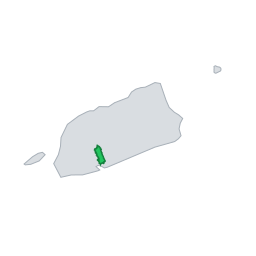 Bayamón, Puerto Rico (highlighted), rotated 155°
{"feature_id": "32010507B22305202508705", "entity_name": "Bayamón", "entity_type": "district", "adm_level": 2, "iso_a3": "PRI", "parent_name": "Puerto Rico", "parent_adm1": "", "projection": "equal_earth", "projection_center": [-66.167, 18.345], "detail": "fine", "context": "in_parent", "style": "filled", "palette": "green", "viewbox_px": 256, "rotation_deg": 155, "n_neighbors": 0, "source": "geoboundaries", "source_scale": "gbopen_adm2", "svg_char_len": 3054}
<svg xmlns="http://www.w3.org/2000/svg" viewBox="0 0 256 256"><g transform="rotate(155 128 128)"><path d="M168.3,104.6L170.8,106.8L173.3,106.5L171.3,101.9L173.2,101.9L189.0,104.7L199.2,109.4L209.7,111.7L210.4,127.1L202.3,133.3L197.0,139.8L192.7,147.7L181.4,156.9L167.8,159.7L158.7,160.0L155.3,159.7L152.0,158.1L145.2,159.6L136.7,155.5L129.4,156.6L115.0,155.6L109.6,159.1L104.5,159.9L99.4,159.2L95.1,157.7L84.4,157.8L79.9,154.7L81.8,137.1L82.0,129.2L79.3,122.6L76.5,118.4L74.4,113.5L78.6,110.3L82.1,105.6L83.2,98.6L86.9,96.9L91.4,96.0L111.8,99.3L163.4,101.2L166.3,101.8L168.3,104.6ZM226.6,142.3L220.1,143.0L215.8,142.1L214.4,138.8L222.3,135.7L231.5,136.2L236.7,138.0L237.4,139.3L226.6,142.3ZM24.0,147.4L23.2,147.5L22.4,147.4L22.1,147.1L21.5,146.1L19.2,144.4L18.6,142.9L19.2,141.3L20.1,140.6L24.9,140.5L25.4,140.6L26.4,141.7L26.4,142.5L25.9,143.3L25.1,145.2L24.7,145.7L24.4,146.2L24.3,147.1L24.0,147.4Z" fill="#d9dde1" stroke="#a8b0b8" stroke-width="1"/><path d="M162.1,118.9L162.0,120.0L161.7,120.0L161.6,119.9L161.4,119.9L161.3,120.0L161.5,120.3L161.6,121.0L161.7,121.4L161.5,121.5L161.7,122.0L161.7,122.4L161.8,122.7L161.9,123.0L161.9,123.3L162.0,123.4L162.3,123.3L162.5,123.6L162.4,123.9L162.5,124.1L162.8,124.1L163.0,124.3L163.0,124.5L163.0,124.9L163.0,125.1L163.2,125.3L163.3,125.2L163.5,124.8L163.6,124.4L163.7,124.2L164.0,124.1L164.2,123.8L164.3,123.7L164.3,123.4L164.5,123.4L164.7,123.1L164.8,123.0L165.1,123.2L165.4,122.9L165.6,122.9L165.6,122.7L166.0,122.6L166.3,122.7L166.5,122.9L166.8,122.9L167.1,123.0L167.3,122.7L167.1,122.7L167.4,122.4L167.4,122.1L167.3,121.8L167.3,121.5L167.3,121.3L167.5,121.3L167.6,121.0L167.6,120.9L167.4,120.7L167.3,120.1L167.4,119.9L167.3,119.5L167.6,119.4L168.0,119.3L168.0,119.2L167.9,119.2L167.5,118.8L167.4,118.6L167.3,118.0L167.4,117.8L167.3,117.5L167.5,117.2L167.9,116.9L167.7,116.7L167.8,116.1L167.6,116.1L167.6,115.9L167.7,115.7L167.8,115.4L167.7,115.2L167.5,114.5L167.3,114.3L167.3,114.2L167.3,113.9L167.3,113.7L167.5,113.9L167.6,113.5L167.6,113.2L167.6,112.7L167.8,112.6L167.9,112.4L167.6,112.1L167.6,111.9L167.8,111.5L168.1,111.8L168.4,112.0L168.7,112.2L168.9,112.2L169.0,112.0L169.2,111.9L169.1,111.6L169.0,111.3L168.8,110.8L168.7,110.5L168.6,110.3L168.6,110.2L168.7,109.7L168.6,109.4L168.5,109.5L168.4,109.3L168.5,109.1L168.7,108.5L169.0,108.0L168.6,107.5L168.3,107.3L168.0,107.3L168.1,106.9L167.8,107.2L167.4,107.0L167.1,107.1L166.8,107.1L166.1,107.2L165.9,107.2L165.7,106.8L165.6,106.7L165.3,106.4L165.1,106.2L164.9,106.3L165.0,106.5L165.0,106.8L164.8,107.0L164.7,107.1L164.7,107.3L164.3,107.5L164.1,107.2L163.7,107.2L163.5,107.4L163.2,107.6L162.9,107.5L162.7,107.8L162.6,108.1L162.7,108.4L162.7,108.6L162.7,109.0L162.7,109.6L162.8,109.9L162.7,110.3L162.8,110.6L162.7,110.6L162.7,110.8L162.7,111.2L162.6,112.2L162.5,112.6L162.5,113.1L162.6,113.4L162.6,113.5L162.6,113.8L162.7,114.0L162.5,114.6L162.5,114.8L162.6,115.0L162.4,115.5L162.5,116.3L162.4,116.5L162.1,116.7L162.3,117.4L162.3,117.5L162.2,117.9L162.1,118.9L162.1,119.0L162.1,118.9Z" fill="#22c55e" stroke="#15803d" stroke-width="1.5"/></g></svg>